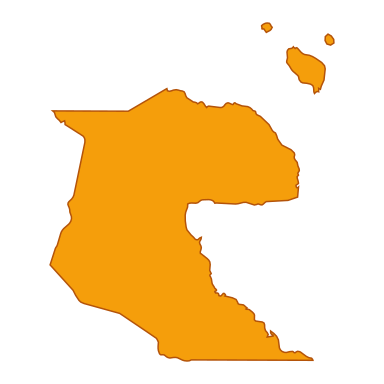 an SVG outline of Morobe
{"feature_id": "PNG-1253", "entity_name": "Morobe", "entity_type": "Province", "adm_level": 1, "iso_a3": "PNG", "parent_name": "Papua New Guinea", "parent_adm1": "", "projection": "mercator", "projection_center": [147.281, -6.648], "detail": "fine", "context": "isolated", "style": "filled", "palette": "amber", "viewbox_px": 384, "rotation_deg": 0, "n_neighbors": 0, "source": "natural_earth", "source_scale": "10m", "svg_char_len": 4767}
<svg xmlns="http://www.w3.org/2000/svg" viewBox="0 0 384 384"><path d="M166.9,88.6L167.4,90.7L169.3,91.3L171.5,90.8L173.4,90.1L176.2,89.7L178.4,90.1L180.3,90.7L182.3,91.0L184.1,91.8L185.1,93.6L185.8,95.9L186.9,97.8L193.3,102.0L194.3,102.1L195.5,102.4L196.6,102.8L197.6,103.8L198.6,103.3L200.4,102.0L201.7,101.9L202.5,102.2L203.9,103.7L205.5,106.3L206.7,107.5L207.2,106.7L208.7,106.1L220.1,107.5L221.2,107.5L222.4,107.2L223.9,106.1L225.0,104.6L226.2,103.4L228.0,102.8L229.1,103.1L232.2,104.5L233.0,104.5L233.3,104.3L233.4,103.9L233.8,103.3L234.7,102.8L235.3,103.0L236.0,103.7L242.0,105.9L247.7,106.6L249.9,107.6L251.5,108.9L252.9,110.5L253.4,110.7L254.9,111.1L255.4,111.4L255.7,112.0L255.9,113.3L256.2,113.9L257.0,114.8L260.4,116.4L269.0,124.6L272.3,130.5L273.5,131.8L275.5,133.0L276.7,135.8L277.7,139.1L279.0,141.0L281.9,145.1L291.1,149.8L294.3,153.0L294.7,154.7L294.5,155.8L294.2,156.8L294.3,158.2L295.1,159.8L296.2,161.1L297.2,162.4L297.9,165.9L299.1,168.8L299.3,170.4L298.9,171.5L298.2,172.4L297.8,173.5L298.5,175.1L297.1,176.7L297.3,178.5L298.0,180.6L298.5,183.2L298.1,183.8L296.4,184.9L296.0,185.3L296.2,186.8L296.8,187.7L297.6,187.8L298.5,187.0L297.6,197.1L288.0,200.4L266.3,201.6L265.2,202.3L263.0,204.3L262.0,204.9L260.7,204.8L259.3,204.3L258.0,203.9L256.6,204.5L254.4,205.0L246.1,202.3L243.3,202.4L238.2,203.7L235.6,204.0L216.4,203.0L214.8,203.2L214.1,202.0L213.2,201.0L212.0,200.3L210.5,199.8L208.6,199.6L202.5,199.8L200.9,200.3L197.8,202.7L195.8,203.2L191.7,203.0L189.5,203.2L187.7,204.0L187.6,207.0L185.7,212.2L185.2,215.1L185.3,221.0L186.1,226.9L186.9,229.8L191.0,234.9L193.6,237.3L194.9,238.9L195.7,239.5L197.1,239.8L198.0,239.6L199.7,238.0L201.3,237.3L201.1,238.9L200.5,240.2L199.8,241.3L199.5,242.3L199.8,243.8L200.9,245.9L201.3,247.4L201.1,249.0L200.2,252.0L200.4,253.5L200.9,253.6L207.2,258.6L208.7,260.1L209.8,261.9L210.2,264.6L209.7,270.4L210.5,272.1L211.2,273.5L210.8,274.1L210.1,274.6L209.8,275.6L210.5,276.8L211.4,279.0L212.0,282.8L212.3,284.0L214.3,287.2L214.8,288.3L215.6,288.9L216.1,289.4L216.5,290.0L216.4,290.7L215.7,291.0L215.0,291.3L214.8,291.7L215.6,293.0L216.1,293.0L216.9,292.9L218.2,293.4L218.8,294.3L218.7,295.1L219.0,295.7L220.7,296.0L221.3,295.6L223.3,293.4L224.1,293.4L224.8,294.0L225.4,294.7L225.5,295.3L224.9,296.0L232.4,297.8L236.1,299.5L237.7,302.4L238.1,303.7L239.2,304.3L240.5,304.5L241.5,304.6L243.4,304.9L244.5,305.7L245.5,306.7L247.0,307.9L246.0,309.0L246.7,309.3L248.2,309.3L249.4,309.7L252.4,312.1L253.9,313.7L254.5,315.1L254.4,319.8L255.6,321.0L262.3,322.0L264.0,323.0L264.6,324.8L264.7,328.0L265.5,330.6L267.2,332.6L268.2,334.5L267.2,337.0L273.1,336.1L273.1,335.2L272.0,334.7L271.1,333.8L270.6,332.6L270.6,331.0L273.9,333.5L276.6,336.3L278.4,339.9L279.4,347.9L280.4,349.9L282.0,351.4L284.2,352.3L286.2,352.5L289.9,351.6L292.6,351.4L293.3,351.8L294.1,352.6L295.0,352.8L296.4,351.8L297.5,351.3L299.0,351.5L300.4,352.0L306.2,356.3L308.9,357.7L311.6,358.2L312.6,359.4L312.9,360.3L191.3,359.9L190.0,360.5L189.2,360.8L188.1,360.9L187.0,361.0L184.4,360.7L183.0,360.3L181.8,359.8L177.4,357.7L175.4,357.4L173.3,357.5L169.9,358.0L168.1,357.6L166.7,356.9L164.3,355.0L163.0,354.7L161.7,354.8L160.5,354.7L159.5,353.7L158.4,350.7L158.1,348.5L158.1,346.3L158.4,342.2L157.3,339.8L156.4,338.3L146.2,331.3L119.7,313.4L84.0,303.5L80.8,302.1L79.0,300.4L75.7,295.4L73.1,290.3L50.1,264.9L55.4,248.4L56.0,247.3L56.8,246.2L57.4,244.8L60.7,233.6L61.3,232.0L62.3,230.3L63.7,228.6L68.8,224.1L69.9,222.8L70.9,221.0L71.5,218.8L71.4,216.5L69.9,212.1L69.7,209.6L69.2,207.7L68.4,205.9L67.9,204.4L68.1,202.9L68.9,201.7L71.7,199.0L73.0,197.2L73.9,195.1L84.9,142.3L84.9,139.5L84.2,137.5L83.0,136.0L66.9,125.7L65.1,124.6L65.0,122.7L64.6,120.8L63.8,121.2L61.8,122.0L61.0,122.5L59.4,120.4L57.5,118.7L55.8,116.8L54.4,112.4L52.7,110.9L128.3,111.2L166.3,88.9L166.9,88.6ZM321.7,62.5L324.5,65.7L325.2,68.9L324.0,80.0L321.3,86.1L320.4,89.3L319.2,88.7L318.7,88.4L318.8,89.2L318.6,90.9L318.7,91.8L317.4,91.5L316.4,91.8L315.5,92.5L314.5,93.5L313.9,92.0L313.6,87.8L312.9,85.8L311.8,84.9L310.4,84.1L306.9,83.3L302.8,82.9L301.0,82.1L299.3,79.9L299.0,79.1L298.5,76.5L297.7,75.4L293.1,71.4L291.6,69.7L289.1,65.5L287.2,63.2L286.7,62.2L286.7,61.1L287.5,57.9L287.0,52.0L287.5,50.3L288.8,48.8L291.9,48.3L293.4,46.8L293.7,47.4L294.1,47.7L294.5,47.9L295.1,48.5L295.5,48.1L295.9,47.9L296.3,47.9L296.8,47.7L298.2,49.0L301.0,52.2L302.7,53.6L304.5,54.5L309.4,55.3L312.6,56.6L315.7,58.4L321.7,62.5ZM328.0,34.1L331.3,36.0L333.7,39.4L333.9,43.0L330.6,45.1L326.9,44.0L325.1,40.6L325.3,36.6L328.0,34.1ZM267.2,23.0L269.4,23.3L270.4,24.5L271.1,26.0L272.2,27.3L271.1,29.4L269.9,30.5L266.3,32.4L263.8,28.9L263.5,28.9L262.3,29.0L262.0,28.9L261.9,28.4L262.0,27.9L262.0,27.4L261.7,26.9L261.6,25.6L263.2,24.3L265.3,23.3L267.2,23.0Z" fill="#f59e0b" stroke="#b45309" stroke-width="1.5"/></svg>